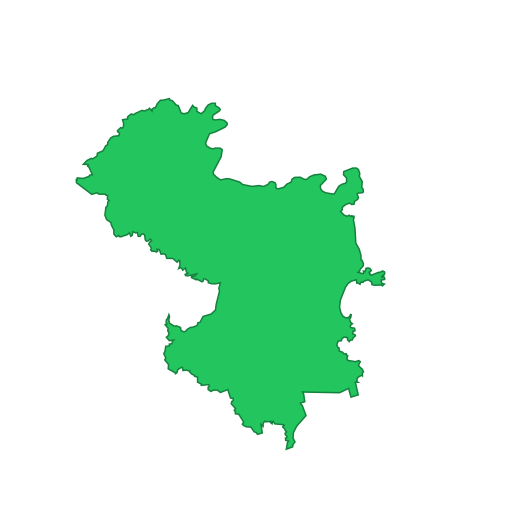 Cihuatlán, Jalisco, Mexico, rotated 241°
{"feature_id": "50627088B34623658197151", "entity_name": "Cihuatlán", "entity_type": "district", "adm_level": 2, "iso_a3": "MEX", "parent_name": "Mexico", "parent_adm1": "Jalisco", "projection": "robinson", "projection_center": [-104.64, 19.263], "detail": "fine", "context": "isolated", "style": "filled", "palette": "green", "viewbox_px": 512, "rotation_deg": 241, "n_neighbors": 0, "source": "geoboundaries", "source_scale": "gbopen_adm2", "svg_char_len": 6138}
<svg xmlns="http://www.w3.org/2000/svg" viewBox="0 0 512 512"><g transform="rotate(241 256 256)"><path d="M435.1,238.8L434.8,236.4L433.2,235.3L436.9,234.5L436.4,233.3L436.9,228.8L438.6,226.9L439.2,219.3L438.7,217.7L440.5,216.1L440.7,215.0L439.9,211.2L438.1,210.2L439.9,205.4L435.7,204.3L433.0,202.3L432.6,201.1L433.9,200.0L432.8,195.6L431.8,195.2L429.8,196.3L427.7,194.4L429.8,189.3L429.7,186.2L427.3,181.4L425.2,180.1L425.3,178.1L422.2,173.2L422.8,167.1L420.4,165.3L420.2,160.0L421.3,159.2L421.5,154.5L419.9,149.4L417.4,153.5L416.1,152.3L414.8,153.0L406.4,152.3L407.4,149.8L406.6,148.4L407.6,142.5L411.0,137.5L409.3,136.6L409.9,135.8L407.1,134.5L389.6,142.2L388.3,147.6L386.4,148.4L383.0,154.3L382.1,154.2L380.8,155.6L377.8,153.5L375.6,154.3L375.0,152.5L372.0,150.4L371.4,148.3L364.9,143.6L360.2,143.0L355.7,145.3L353.1,144.5L347.7,144.3L344.0,142.3L340.5,143.1L340.6,145.9L339.2,145.8L338.3,147.1L337.1,153.7L337.6,156.4L333.9,156.1L334.1,157.8L336.9,160.1L334.5,162.0L334.1,163.6L330.3,162.5L329.3,164.2L330.3,165.4L330.4,167.7L328.4,168.8L323.9,167.0L322.1,167.3L321.5,168.6L322.0,171.9L320.0,172.1L319.6,169.7L318.4,167.9L314.4,168.4L313.0,167.9L312.4,166.8L310.8,167.2L309.1,169.9L307.7,170.8L308.0,172.5L309.9,172.7L308.4,174.6L303.6,173.8L302.8,176.0L301.1,177.6L297.2,176.8L294.2,182.0L288.8,184.0L289.7,186.5L289.2,187.1L284.9,185.1L282.5,182.3L282.4,184.0L281.5,185.0L279.1,185.0L279.7,188.5L275.8,187.4L273.9,188.2L274.3,185.1L273.1,184.9L271.8,186.5L269.1,195.4L268.0,192.3L269.7,189.9L268.4,189.1L264.2,192.1L264.6,192.9L259.6,196.3L259.5,197.3L261.3,199.2L261.0,200.0L257.5,202.2L255.7,201.3L253.2,203.8L251.2,207.2L249.9,211.8L245.7,207.8L242.9,207.0L233.0,197.7L228.5,194.5L227.0,188.7L228.8,180.4L225.2,175.0L225.7,172.6L224.5,171.8L223.8,170.2L224.5,165.6L225.3,164.3L225.2,160.2L224.2,157.8L224.9,155.8L227.5,154.3L229.8,155.3L230.6,155.0L233.5,152.5L234.1,150.7L239.0,147.8L242.4,148.7L244.9,151.0L246.9,151.4L244.3,148.4L243.6,146.6L241.2,145.0L239.6,145.0L239.9,143.2L235.3,144.1L233.3,142.5L230.6,142.6L228.8,140.5L228.4,138.2L223.9,139.2L222.4,143.1L222.1,141.8L220.0,139.8L221.0,137.5L219.3,136.6L220.8,133.3L216.7,130.1L215.3,128.0L210.6,127.7L209.4,125.8L203.5,126.9L199.9,124.5L193.3,128.5L192.0,128.6L192.3,130.3L194.6,132.6L194.7,137.0L193.9,137.6L191.2,136.6L189.9,140.0L188.4,141.1L188.0,142.4L186.8,141.8L184.2,142.4L181.1,144.4L180.5,144.0L178.5,146.2L174.0,143.7L170.7,146.0L169.4,145.4L166.4,152.4L164.7,152.0L164.4,150.5L162.3,149.4L159.4,150.9L159.3,153.9L157.4,157.2L153.9,158.7L152.8,166.6L144.7,164.9L143.8,165.1L142.6,167.0L140.3,165.8L140.6,164.5L138.8,162.7L132.4,164.1L131.6,162.2L129.6,162.4L128.0,161.4L126.0,164.2L116.9,164.7L115.5,162.5L113.9,162.9L111.3,164.7L108.8,168.6L103.3,169.1L101.4,170.6L99.3,170.8L98.2,175.7L106.2,178.7L103.5,179.5L106.2,181.2L107.3,183.5L106.4,184.0L103.5,189.9L103.2,188.0L101.5,188.7L102.4,189.4L102.2,190.9L100.0,191.1L95.0,198.5L94.2,198.4L93.9,196.7L93.2,196.5L90.3,197.4L89.3,196.9L87.3,197.4L86.8,195.4L85.3,195.0L83.6,195.7L82.1,194.8L82.4,193.4L80.3,192.6L78.5,194.8L77.6,193.1L72.3,188.8L71.3,195.6L72.9,196.6L74.5,200.0L78.7,200.1L83.4,203.1L87.5,209.2L92.2,222.4L102.9,224.0L105.2,223.2L105.8,223.7L104.9,228.0L112.6,230.9L114.5,230.7L95.9,262.8L95.3,272.8L86.5,270.6L85.0,278.1L97.5,281.7L96.2,283.9L97.2,283.4L100.1,285.3L100.6,288.0L100.3,290.8L99.6,291.0L102.4,292.6L102.5,293.8L105.2,294.1L110.5,292.4L113.1,296.0L114.8,295.1L115.3,291.8L120.2,285.7L122.1,285.7L124.4,287.9L125.5,287.1L126.7,287.5L128.1,285.3L129.7,285.2L132.7,282.7L135.1,284.1L136.3,283.3L139.1,283.6L141.7,286.5L140.5,289.7L142.0,290.9L142.4,293.7L140.3,296.4L138.1,295.4L135.9,296.1L136.7,297.6L135.9,299.6L137.3,301.2L138.0,304.3L139.2,304.4L141.1,302.8L143.2,304.4L142.5,305.8L143.3,306.8L145.2,307.1L147.3,304.3L148.6,304.3L149.6,305.1L150.0,307.5L152.3,306.6L155.3,307.1L156.3,309.1L158.5,310.8L159.0,310.3L157.7,308.6L157.6,305.9L158.5,304.4L161.0,302.9L165.1,302.7L170.8,304.3L176.6,308.5L185.6,319.5L187.3,323.3L187.8,327.0L186.6,332.2L183.4,331.0L182.8,332.3L180.8,333.2L182.2,335.0L181.1,337.0L181.7,337.9L180.8,342.5L177.1,344.5L174.8,343.5L173.1,345.3L169.7,351.8L168.6,352.1L169.2,354.7L171.3,352.7L174.3,353.8L173.1,357.1L174.1,357.8L176.5,357.6L176.1,356.0L176.8,355.9L177.5,357.2L176.9,358.1L178.3,360.1L179.9,360.7L181.6,359.4L181.6,356.1L182.3,355.5L183.3,347.7L184.8,346.7L185.6,347.3L187.0,347.0L187.2,349.8L187.8,349.8L189.6,349.7L191.3,348.2L191.9,346.2L189.5,343.8L190.7,342.6L189.0,342.0L188.6,341.0L192.3,337.3L192.5,339.4L193.8,340.5L195.3,344.9L197.1,346.2L200.8,346.7L202.0,346.0L205.3,348.0L211.9,349.6L218.8,349.5L232.5,356.1L240.6,358.8L241.9,360.3L243.2,359.8L243.3,360.8L244.8,359.1L244.5,358.1L246.4,357.4L246.7,354.7L249.5,352.7L254.0,351.6L254.5,353.9L256.7,355.0L257.5,359.4L256.9,363.5L254.6,364.7L253.8,366.9L256.0,368.6L256.2,372.1L257.1,373.8L261.4,374.6L261.5,375.9L259.7,379.8L260.0,381.0L262.7,382.1L264.7,381.7L269.6,385.0L275.5,385.0L277.9,386.8L282.0,387.5L284.2,386.5L286.0,383.3L287.3,373.7L284.6,371.9L280.3,373.0L276.8,371.1L276.3,369.4L277.1,365.8L276.9,362.3L272.6,355.0L272.6,353.7L277.5,347.6L280.4,345.6L283.0,345.0L286.4,346.3L289.1,354.9L292.1,355.3L296.2,352.3L298.8,345.9L299.3,341.4L298.4,337.5L299.7,335.4L303.5,332.8L306.0,327.9L305.7,324.7L303.6,322.5L303.9,317.8L302.6,313.5L304.1,307.7L305.9,306.4L309.0,308.1L310.8,308.2L313.4,306.1L314.0,303.7L312.9,301.5L313.0,296.6L316.1,292.9L318.8,286.3L324.9,279.0L328.7,277.5L336.4,270.1L337.9,267.8L339.7,262.0L343.2,260.0L348.3,258.4L350.3,259.3L359.6,273.5L365.3,278.0L367.6,277.0L370.2,272.6L370.5,270.6L372.3,268.3L376.4,266.1L379.3,266.7L385.4,274.5L384.2,281.2L383.7,291.4L384.9,294.6L386.5,295.2L390.1,293.9L393.1,290.5L394.6,286.6L396.3,284.4L398.8,285.4L400.0,286.9L400.6,294.3L401.5,295.8L403.7,295.4L407.2,293.4L409.3,294.5L411.1,291.1L411.3,287.5L409.5,283.1L408.1,281.9L407.0,277.0L411.1,274.4L414.1,276.0L416.4,274.0L418.5,273.6L414.3,266.2L415.2,262.3L417.2,259.9L425.3,260.9L426.7,259.4L432.4,258.1L434.1,256.4L435.7,256.6L437.3,250.2L438.6,247.9L437.1,243.6L434.5,240.0L435.1,238.8Z" fill="#22c55e" stroke="#15803d" stroke-width="1.5"/></g></svg>